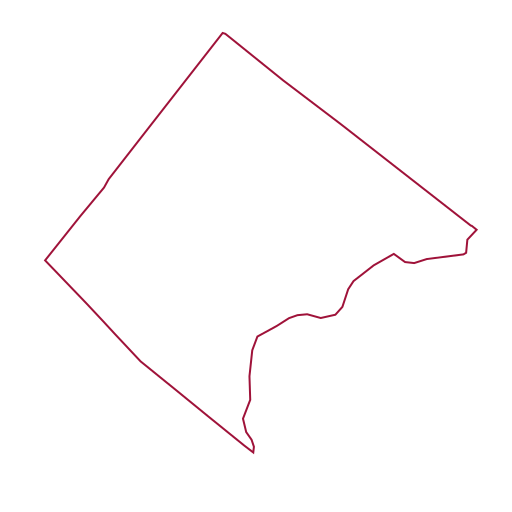 the district of Franklin, Missouri, United States of America, rotated 128°
{"feature_id": "52423323B51911308321419", "entity_name": "Franklin", "entity_type": "district", "adm_level": 2, "iso_a3": "USA", "parent_name": "United States of America", "parent_adm1": "Missouri", "projection": "equal_earth", "projection_center": [-91.03, 38.456], "detail": "fine", "context": "isolated", "style": "outline", "palette": "rose", "viewbox_px": 512, "rotation_deg": 128, "n_neighbors": 0, "source": "geoboundaries", "source_scale": "gbopen_adm2", "svg_char_len": 732}
<svg xmlns="http://www.w3.org/2000/svg" viewBox="0 0 512 512"><g transform="rotate(128 256 256)"><path d="M233.7,419.5L286.1,419.4L295.6,417.9L332.5,419.0L389.3,419.5L397.8,360.1L401.3,337.7L404.3,319.4L410.1,282.0L410.7,249.1L410.8,242.3L411.8,195.7L412.6,148.8L412.5,137.2L407.6,140.2L403.5,146.4L400.8,155.3L392.2,166.1L372.9,172.0L354.8,187.1L332.6,200.9L318.6,205.3L298.4,196.6L284.6,191.7L277.1,186.9L270.4,179.8L265.0,166.8L253.4,157.3L242.9,156.6L225.4,162.9L215.7,163.7L190.9,157.5L169.5,148.7L169.0,134.8L164.2,127.0L153.2,119.5L127.0,93.5L124.1,92.4L113.0,99.5L99.5,98.3L99.4,104.6L99.8,105.5L99.9,269.9L100.9,342.9L99.8,415.9L99.8,417.0L100.8,419.6L233.7,419.5Z" fill="none" stroke="#9f1239" stroke-width="2"/></g></svg>